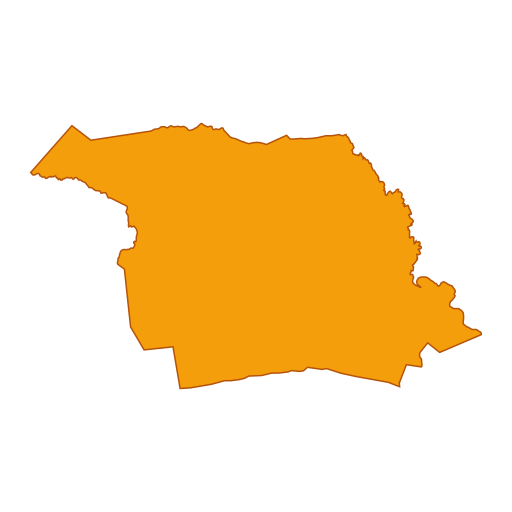 the district of District Autonome D'Abidjan, Lagunes, Ivory Coast
{"feature_id": "98640826B76853064397847", "entity_name": "District Autonome D'Abidjan", "entity_type": "district", "adm_level": 2, "iso_a3": "CIV", "parent_name": "Ivory Coast", "parent_adm1": "Lagunes", "projection": "robinson", "projection_center": [-4.007, 5.412], "detail": "fine", "context": "isolated", "style": "filled", "palette": "amber", "viewbox_px": 512, "rotation_deg": 0, "n_neighbors": 0, "source": "geoboundaries", "source_scale": "gbopen_adm2", "svg_char_len": 6073}
<svg xmlns="http://www.w3.org/2000/svg" viewBox="0 0 512 512"><path d="M30.7,172.5L33.0,175.0L34.9,174.9L35.7,174.2L36.8,173.6L38.2,173.6L39.3,174.0L40.2,176.0L41.2,176.2L41.9,176.9L42.8,177.2L43.9,176.9L45.0,177.3L45.6,178.4L47.4,178.1L48.5,177.1L50.4,176.4L51.1,177.2L52.5,176.5L53.6,176.8L54.7,176.1L55.6,175.9L56.5,177.8L57.6,177.9L57.8,179.0L58.5,179.6L59.2,178.9L60.1,178.8L60.4,180.0L61.4,180.1L62.3,179.9L62.8,178.9L63.6,179.0L66.7,177.5L67.7,177.5L68.7,177.9L70.1,178.0L71.4,177.5L72.8,179.1L73.9,179.0L74.5,177.8L75.4,177.5L76.5,177.7L77.8,178.5L78.4,179.9L79.5,179.9L81.4,180.4L82.1,181.3L85.1,182.5L88.3,186.4L88.9,187.5L91.2,187.7L92.2,188.0L94.4,189.9L95.7,190.6L99.6,190.9L100.4,191.6L100.8,193.0L101.8,193.2L102.9,192.8L105.3,192.7L106.3,193.5L107.6,196.8L108.4,197.9L109.5,197.8L110.8,198.1L127.2,206.3L127.2,208.8L126.3,211.0L126.1,212.3L126.7,213.6L127.9,215.1L128.1,216.4L128.3,217.4L128.1,219.8L128.7,223.5L128.4,225.5L128.7,226.8L130.8,225.7L131.3,226.9L132.7,226.8L134.0,226.1L136.4,229.1L136.6,230.3L137.3,231.5L137.2,233.8L136.4,236.3L136.2,240.9L135.7,241.7L134.8,241.3L133.9,241.8L133.7,243.0L134.8,244.2L134.7,245.3L133.5,247.8L132.6,248.2L131.1,248.0L128.9,249.4L127.8,249.3L126.8,249.7L123.7,249.5L121.4,250.4L120.3,252.2L119.4,255.5L119.3,257.0L118.5,257.7L118.0,258.7L118.0,260.1L117.4,262.9L117.6,264.0L118.5,264.8L124.4,269.1L130.6,327.0L144.1,349.9L173.0,346.8L180.1,388.5L190.7,387.8L211.4,384.3L224.5,380.7L230.8,380.7L239.3,379.6L244.6,378.3L248.6,376.1L261.7,375.5L271.7,373.1L279.4,373.0L288.2,371.9L291.5,370.6L299.2,371.4L303.5,370.8L307.5,367.3L322.1,369.4L326.6,368.6L340.9,373.2L355.5,376.4L388.2,382.3L399.6,386.7L399.2,382.0L399.5,382.5L406.4,364.7L419.8,366.7L421.2,366.9L421.7,366.6L422.0,364.9L421.7,362.8L421.5,359.6L421.3,358.8L420.1,357.4L419.7,356.5L419.6,355.6L419.7,353.4L420.2,352.2L427.7,342.9L439.7,352.4L481.3,334.6L481.2,333.0L480.7,332.2L479.2,331.4L476.7,329.7L475.1,329.4L473.0,329.6L471.4,329.1L468.3,327.3L466.6,326.7L463.4,324.0L463.1,322.1L463.6,318.6L463.6,315.8L463.3,313.6L463.1,312.5L461.1,310.2L459.5,309.3L458.8,308.6L453.7,308.6L449.9,306.3L449.6,304.5L450.1,302.5L450.5,301.7L452.4,299.9L454.5,297.1L454.9,296.3L455.0,295.4L454.3,294.7L454.3,293.8L455.3,291.7L454.9,290.0L452.0,285.9L449.9,285.2L447.3,283.8L446.5,283.2L444.0,281.9L443.3,281.8L441.2,283.0L439.8,285.5L438.5,286.2L437.8,285.8L436.5,283.9L436.0,283.6L435.3,283.5L432.8,281.4L430.8,280.3L428.6,278.4L426.0,277.0L421.1,277.0L420.3,277.3L418.3,278.2L418.2,278.7L417.1,280.1L416.7,281.8L417.0,283.4L417.3,284.3L417.7,284.9L420.1,286.5L420.6,287.1L420.0,287.3L417.7,286.0L415.5,285.2L413.5,283.5L412.9,282.7L412.7,282.0L412.6,281.2L412.8,279.6L413.4,278.2L413.6,277.3L413.4,276.6L412.9,275.2L412.5,274.5L411.1,274.4L410.5,274.7L410.2,274.0L410.3,273.0L411.2,271.6L411.2,270.5L412.5,270.9L413.1,270.6L413.5,266.8L413.2,266.2L412.6,265.6L412.6,264.9L414.0,264.0L417.2,259.7L416.8,258.7L417.4,258.4L417.5,257.5L416.9,255.7L417.1,254.2L418.6,254.8L420.1,253.9L420.3,253.2L419.9,251.8L418.9,250.0L418.2,249.5L418.8,248.9L420.6,248.8L421.1,248.1L421.3,247.3L420.9,246.4L420.1,246.1L419.2,246.3L418.7,245.7L419.3,245.4L420.1,243.7L419.6,242.1L419.0,241.7L417.2,242.2L416.4,241.9L416.1,241.1L415.0,243.3L414.2,243.7L414.1,242.0L413.6,240.1L413.9,238.1L413.5,237.1L412.8,236.7L411.8,236.9L411.0,237.2L410.4,238.0L409.6,237.7L409.5,236.9L409.7,235.9L409.4,233.7L409.7,232.1L409.5,230.5L408.9,229.8L408.2,229.7L408.5,228.8L408.2,228.1L407.7,227.7L407.6,226.9L411.7,225.3L412.0,224.6L411.9,224.0L411.0,224.2L411.1,223.5L412.8,222.4L413.2,221.5L413.2,220.7L412.0,219.2L410.3,218.2L409.7,217.6L409.5,216.0L408.6,215.0L409.6,214.1L410.4,214.4L411.3,214.1L411.3,213.0L410.7,211.6L410.1,210.8L410.1,210.0L409.0,208.4L408.4,205.9L407.8,205.3L404.5,206.6L404.0,206.1L404.9,204.4L404.5,203.9L403.2,203.7L402.6,203.4L403.7,201.5L403.9,199.6L403.2,198.6L402.4,198.7L401.6,197.3L401.6,196.4L402.0,195.4L402.1,194.5L401.8,193.4L400.2,191.9L398.2,191.8L398.6,189.4L397.7,189.2L396.5,189.8L395.3,191.3L394.8,192.2L393.5,192.6L392.3,193.7L390.4,191.3L389.6,191.3L388.6,192.1L387.2,194.1L387.0,195.1L386.1,195.4L385.4,194.8L385.2,194.0L385.2,191.2L383.7,190.4L384.0,189.7L384.5,189.3L384.6,188.5L384.2,188.0L384.0,186.8L384.1,186.1L384.6,185.4L384.2,183.6L383.6,182.5L382.7,181.8L380.9,181.5L380.4,182.1L379.7,181.7L378.6,180.0L378.4,178.9L378.8,178.3L378.5,177.6L378.0,177.2L378.1,176.3L376.5,174.3L375.9,173.9L375.7,173.0L374.2,170.6L372.9,169.9L372.3,168.2L371.7,167.4L371.2,164.2L370.8,163.3L370.2,163.0L369.6,163.5L368.9,163.0L368.2,160.6L367.5,159.8L366.7,160.0L365.9,159.8L365.0,158.2L364.4,157.8L363.8,157.9L363.1,158.8L363.0,157.9L363.3,156.9L363.0,156.4L362.2,156.3L361.6,155.6L361.6,154.4L361.2,153.5L360.4,153.1L359.9,153.5L359.6,154.6L359.1,155.3L358.3,155.6L358.1,154.9L356.2,155.1L354.1,154.0L353.0,153.9L352.6,152.7L352.6,151.5L352.1,150.8L351.9,150.1L353.5,148.3L353.9,147.5L353.5,146.4L353.1,145.9L352.6,143.9L351.8,143.2L350.9,143.0L350.4,142.5L350.4,141.7L350.1,140.9L349.0,139.6L348.9,138.7L348.5,137.9L347.8,137.1L346.6,136.2L345.9,134.5L343.1,135.6L342.2,135.7L339.0,134.6L338.2,134.6L336.3,135.1L331.1,135.8L326.1,135.7L317.2,137.7L311.5,138.4L303.6,138.8L301.9,138.4L291.9,139.1L290.1,139.0L286.6,135.3L266.4,144.5L262.8,143.3L259.0,142.5L256.0,142.4L254.2,142.6L250.2,143.3L249.6,143.7L247.6,143.4L240.1,140.8L237.5,139.5L234.3,138.3L232.8,138.2L231.3,137.6L229.3,136.2L226.6,133.1L224.4,131.0L223.7,129.9L223.2,128.5L222.6,127.9L221.4,128.0L218.8,129.6L216.0,128.9L213.9,129.6L212.9,129.2L212.6,128.7L211.8,126.4L210.3,126.2L207.9,126.9L206.9,126.7L205.3,125.8L204.1,125.4L202.2,123.8L201.2,123.5L200.7,123.8L196.6,127.7L194.9,128.2L193.0,129.6L190.9,130.2L189.3,130.4L188.5,130.2L186.1,127.6L184.0,126.6L183.0,126.4L181.0,126.9L179.8,126.8L178.1,126.3L174.1,126.9L173.2,126.8L171.6,125.9L171.0,125.8L170.0,126.1L168.1,127.6L167.1,127.8L165.9,127.5L164.9,126.8L164.5,126.7L161.3,126.8L160.5,127.2L159.6,128.0L158.2,128.8L154.4,129.2L151.3,131.0L90.9,140.2L71.9,125.7L30.7,172.5Z" fill="#f59e0b" stroke="#b45309" stroke-width="1.5"/></svg>